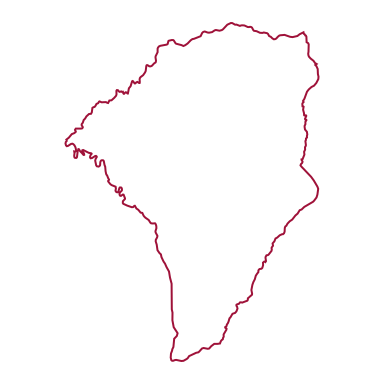 outline of El Piedrero, Cañar, Ecuador
{"feature_id": "8360857B56552951365472", "entity_name": "El Piedrero", "entity_type": "district", "adm_level": 2, "iso_a3": "ECU", "parent_name": "Ecuador", "parent_adm1": "Cañar", "projection": "equal_earth", "projection_center": [-79.265, -2.388], "detail": "fine", "context": "isolated", "style": "outline", "palette": "rose", "viewbox_px": 384, "rotation_deg": 0, "n_neighbors": 0, "source": "geoboundaries", "source_scale": "gbopen_adm2", "svg_char_len": 5891}
<svg xmlns="http://www.w3.org/2000/svg" viewBox="0 0 384 384"><path d="M303.5,32.3L299.7,34.2L297.4,36.0L292.6,37.1L290.1,36.8L284.6,34.9L280.1,35.3L279.1,35.7L277.7,36.9L276.3,38.5L275.2,39.1L273.9,39.3L272.4,38.4L270.8,36.8L269.1,36.0L268.0,33.9L267.1,33.2L263.8,32.5L262.6,32.9L260.0,32.8L256.6,31.2L254.0,30.8L253.3,30.1L252.0,27.6L251.1,27.0L250.0,26.8L249.0,27.1L247.7,27.0L244.5,25.5L242.7,25.3L241.2,25.4L239.9,25.9L236.5,24.6L235.1,24.7L232.3,23.1L230.9,23.0L227.3,24.7L223.0,29.3L221.8,30.1L219.5,30.7L215.9,30.0L214.6,30.4L212.1,32.1L209.0,32.7L207.5,32.5L204.8,31.5L203.3,31.9L202.2,32.9L200.6,36.2L194.0,38.8L192.4,39.1L190.7,40.3L187.6,43.5L185.2,45.2L183.4,46.0L181.5,45.1L176.1,43.7L175.5,43.2L173.8,40.5L173.3,40.1L171.9,40.0L168.9,40.7L168.5,40.9L168.3,41.4L167.7,43.9L166.8,44.6L160.3,45.8L159.0,46.4L158.0,47.6L157.6,48.7L157.6,52.2L155.6,56.3L155.5,57.5L156.0,60.6L155.8,62.0L155.5,62.5L154.1,63.4L152.0,65.7L151.3,66.1L150.3,66.4L149.3,66.3L147.6,65.2L147.0,65.1L146.6,65.3L146.3,66.0L145.7,71.0L145.0,72.5L143.1,75.2L140.7,77.0L139.9,78.0L139.6,79.3L139.8,82.1L139.6,83.0L139.1,83.0L137.4,81.9L136.4,82.3L135.3,83.4L134.6,83.4L133.1,81.3L132.7,81.0L132.1,81.3L130.6,86.2L128.9,88.3L127.9,93.5L127.5,93.5L126.3,92.4L125.5,92.3L124.1,93.8L123.7,93.8L123.3,93.3L122.9,91.7L121.9,91.9L121.2,91.4L119.8,91.9L119.0,91.5L117.8,90.1L116.8,90.1L116.4,90.9L116.5,94.4L116.1,95.7L114.2,97.9L111.5,100.3L109.4,100.5L108.1,103.0L107.2,102.8L105.9,102.1L101.6,102.3L99.6,101.4L99.1,101.6L98.1,103.2L96.5,103.9L95.5,105.8L94.6,106.9L93.4,107.2L92.4,107.9L91.8,112.4L91.0,113.8L89.0,114.0L86.4,116.4L85.1,118.6L83.7,120.0L82.8,122.7L81.8,124.0L81.6,124.8L81.8,125.6L82.5,126.5L82.8,127.2L82.3,128.3L81.1,128.6L75.8,128.6L75.0,129.8L75.2,130.5L75.8,131.3L75.6,132.1L74.1,133.2L71.8,134.1L68.8,137.7L66.4,139.6L66.7,140.0L66.7,141.0L65.8,142.0L65.5,143.5L66.0,145.4L66.8,146.2L68.0,145.9L71.1,143.9L72.5,143.7L73.4,144.2L74.5,145.4L75.5,147.4L76.1,150.2L75.9,151.2L75.4,151.6L74.2,151.4L74.5,153.2L74.2,155.6L74.3,156.9L74.7,157.7L76.0,158.0L76.5,157.8L77.0,157.0L77.7,151.2L78.4,149.1L78.9,149.2L80.1,151.2L81.8,152.9L83.5,154.9L83.9,155.0L84.2,154.8L83.9,153.2L82.1,151.1L82.4,150.2L83.2,150.0L88.7,152.8L91.2,153.3L91.6,153.6L91.6,153.9L90.5,155.2L90.0,157.1L90.3,157.9L90.7,158.3L92.1,158.0L95.2,156.0L96.0,155.9L96.6,156.4L96.8,156.9L95.6,159.0L95.2,160.7L96.2,165.4L96.9,166.3L98.6,166.6L99.3,166.2L99.8,165.7L100.1,165.0L100.3,162.1L100.7,161.1L101.3,160.4L102.1,160.2L103.3,160.4L103.8,161.1L104.5,164.9L105.2,166.7L105.6,171.3L106.1,173.7L106.4,174.6L107.1,175.4L108.1,178.0L109.0,179.6L108.7,180.4L108.2,180.8L108.2,181.5L110.3,184.1L111.6,185.1L115.6,186.7L115.9,188.4L115.5,190.8L116.4,192.1L117.5,192.3L118.0,192.2L118.5,191.3L119.2,188.6L119.6,187.7L120.0,187.4L121.3,187.6L121.8,188.4L122.0,190.0L121.6,190.8L119.9,192.5L119.5,193.8L119.6,194.8L120.1,195.7L120.9,195.9L123.0,194.5L123.6,194.7L125.0,198.3L125.0,198.9L122.9,201.2L122.8,203.0L123.3,203.8L127.2,205.6L131.8,207.2L133.1,207.1L134.4,205.8L134.9,205.8L136.4,208.5L138.3,209.8L140.6,212.6L142.3,212.9L143.6,215.7L144.3,216.6L145.4,217.7L148.7,220.0L150.3,222.6L151.1,223.3L152.8,223.5L154.8,223.3L155.2,223.4L155.8,224.4L156.3,226.1L156.4,228.2L155.5,231.1L155.5,231.8L155.7,232.6L157.4,235.8L157.3,236.8L156.8,238.0L155.8,239.8L155.7,241.4L156.7,244.6L157.5,250.2L159.5,253.1L160.9,254.4L161.5,257.2L163.6,261.6L165.0,263.6L166.5,267.0L169.0,271.5L170.0,277.6L171.6,283.7L171.8,309.4L172.5,312.6L172.4,320.2L173.7,327.2L177.6,333.2L176.8,336.0L174.2,338.7L173.4,347.0L172.3,349.3L172.1,350.6L171.0,353.5L170.7,357.6L171.3,360.1L172.0,360.7L173.0,360.8L175.2,360.0L176.2,359.9L181.4,361.0L183.5,360.8L186.7,359.0L187.7,358.2L189.1,356.1L196.1,352.8L198.4,352.3L199.3,351.5L202.0,348.5L203.6,348.0L207.8,348.8L209.2,348.5L211.2,346.2L214.2,343.9L217.3,343.9L220.0,343.5L220.7,341.5L221.1,340.8L221.8,340.0L222.8,339.3L223.0,338.0L223.7,336.7L223.6,334.7L223.8,334.1L226.4,329.7L226.5,328.6L225.5,328.0L225.2,327.6L225.2,327.1L226.2,326.5L226.6,325.8L226.9,324.5L227.8,323.3L228.5,321.7L229.5,318.3L230.4,317.4L232.5,313.8L235.1,312.9L236.4,311.4L237.5,308.6L237.1,306.8L236.4,305.7L236.5,304.7L237.2,304.3L238.9,303.8L240.0,302.4L241.0,302.3L242.2,302.6L247.3,300.7L247.8,299.9L247.9,298.3L252.0,294.7L252.1,293.6L251.4,290.0L252.4,284.8L253.4,282.0L254.8,279.3L255.8,275.7L257.3,273.4L258.3,272.3L258.4,270.5L258.9,269.6L259.7,269.0L261.5,268.7L262.3,267.9L263.1,265.2L263.0,262.6L264.3,261.5L264.9,261.5L265.4,262.0L266.0,261.1L265.5,257.8L265.6,256.9L266.5,255.3L267.9,255.1L268.6,254.6L271.5,250.9L271.8,249.5L271.6,248.4L271.7,247.5L273.0,245.7L272.6,243.4L274.4,241.3L275.5,238.5L277.2,237.6L279.7,235.3L282.1,234.2L283.0,234.2L284.0,233.3L284.6,231.7L284.8,227.9L285.3,226.5L286.4,225.7L287.2,224.1L287.8,223.3L289.7,221.3L292.2,219.6L295.4,215.5L297.6,213.6L299.7,210.2L301.6,209.5L304.3,206.9L313.0,201.8L314.1,200.7L316.5,197.5L317.4,194.6L318.2,188.8L317.4,186.6L313.8,180.5L311.1,176.8L301.5,166.7L300.5,165.4L300.9,164.2L302.1,163.0L302.5,162.0L302.5,161.4L301.6,160.1L301.5,159.4L302.6,159.1L304.4,154.6L304.1,151.8L305.1,149.7L305.0,147.2L305.7,146.0L305.9,145.1L305.4,141.1L305.9,140.1L306.0,138.5L307.0,137.5L306.9,136.0L307.3,134.5L306.9,131.8L305.0,129.5L304.6,127.0L304.6,125.9L305.4,124.2L305.4,121.8L306.4,120.2L306.3,119.8L305.2,119.5L305.0,118.8L306.2,116.2L306.2,115.6L305.9,115.3L304.4,115.5L304.1,115.2L304.0,113.2L303.1,109.7L303.6,106.7L303.3,106.4L302.5,106.3L302.3,103.9L302.5,103.3L303.6,102.0L303.0,101.0L304.4,98.8L307.0,91.7L308.8,89.4L311.5,87.0L314.0,85.7L316.3,83.0L318.3,79.1L318.5,76.7L317.9,74.0L317.7,69.0L316.4,66.1L315.3,65.0L316.6,64.0L315.1,63.1L313.5,60.8L310.6,58.5L308.9,56.6L308.4,55.2L308.2,53.7L308.5,51.8L308.7,44.4L308.2,43.2L306.6,42.2L306.4,36.7L305.9,35.6L305.3,35.5L304.7,34.3L303.8,33.8L303.5,32.3Z" fill="none" stroke="#9f1239" stroke-width="2"/></svg>